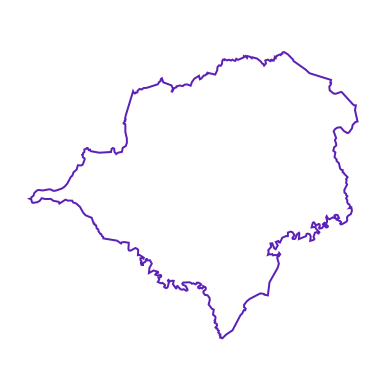 Mueang Khon Kaen, Khon Kaen, Thailand (Albers equal-area conic projection), rotated 93°
{"feature_id": "78962969B54788642666507", "entity_name": "Mueang Khon Kaen", "entity_type": "district", "adm_level": 2, "iso_a3": "THA", "parent_name": "Thailand", "parent_adm1": "Khon Kaen", "projection": "albers", "projection_center": [102.826, 16.427], "detail": "fine", "context": "isolated", "style": "outline", "palette": "violet", "viewbox_px": 384, "rotation_deg": 93, "n_neighbors": 0, "source": "geoboundaries", "source_scale": "gbopen_adm2", "svg_char_len": 5908}
<svg xmlns="http://www.w3.org/2000/svg" viewBox="0 0 384 384"><g transform="rotate(93 192 192)"><path d="M80.0,228.0L80.8,229.0L83.1,229.3L83.7,230.5L86.2,231.7L90.4,242.8L90.7,245.7L92.3,247.7L91.8,249.7L93.7,251.6L95.0,251.6L95.8,252.6L95.6,253.4L96.6,254.2L96.0,255.3L94.5,256.1L118.7,262.1L122.3,262.7L122.8,262.1L124.2,262.9L124.6,262.4L126.6,263.9L127.3,263.8L127.6,262.3L128.4,262.1L135.6,261.7L141.8,259.9L146.3,259.6L149.5,260.5L151.4,263.4L155.6,264.1L156.7,268.2L158.1,269.7L156.0,271.5L152.8,272.0L152.2,273.3L153.1,274.5L156.3,275.0L157.6,286.7L156.5,295.4L155.0,296.1L155.5,297.4L153.6,298.5L153.6,299.4L154.3,299.7L155.1,301.7L157.8,301.6L158.9,302.8L160.3,302.8L160.6,303.6L163.3,302.5L163.7,301.3L164.9,300.8L170.4,302.6L171.3,304.1L171.3,307.4L175.7,308.4L178.4,311.3L182.0,312.4L183.1,313.7L190.2,317.0L193.4,319.6L195.3,322.1L197.8,328.2L198.1,330.6L196.9,333.1L196.8,335.0L198.3,341.1L198.0,345.2L198.6,346.9L201.2,349.4L204.0,350.1L205.6,352.0L206.9,352.3L207.3,353.6L207.9,352.1L210.7,351.2L211.2,350.1L210.2,345.8L208.8,343.6L206.1,341.8L206.7,338.0L206.3,332.5L208.0,330.2L208.8,324.6L210.5,323.8L206.3,318.0L207.1,315.5L206.9,311.2L208.7,310.1L209.4,307.3L212.7,303.1L218.2,299.7L220.8,297.1L223.0,290.8L228.7,288.5L228.5,287.9L229.9,287.3L230.3,286.1L233.4,285.2L234.3,283.6L235.9,283.4L238.4,281.6L238.7,280.5L240.6,279.7L241.4,278.4L243.0,278.1L244.5,264.3L247.1,260.2L246.0,259.6L245.5,257.1L246.0,252.5L252.4,252.5L253.6,251.9L253.8,250.3L250.9,245.6L251.8,243.5L252.8,242.7L257.9,242.7L257.6,241.2L260.1,236.7L261.1,236.9L260.5,238.2L261.0,240.1L263.0,239.7L263.8,238.8L265.5,239.4L267.5,238.6L267.5,237.1L265.6,237.3L264.2,235.0L261.3,234.1L261.3,233.6L262.7,233.4L262.4,230.4L265.7,228.4L269.9,230.5L275.2,230.8L272.4,226.2L273.5,221.8L274.4,221.6L274.9,223.4L276.4,224.3L277.0,222.3L276.6,218.8L277.5,218.3L278.8,218.9L279.1,221.1L281.2,220.2L283.7,221.4L284.8,218.2L284.3,216.8L286.1,214.2L286.9,214.0L288.1,214.9L289.0,213.9L289.3,212.4L288.2,211.3L283.9,210.4L281.6,211.4L281.0,210.8L282.4,209.4L281.6,207.3L281.7,205.6L285.1,206.2L289.0,203.1L289.0,202.5L287.2,202.4L286.6,201.5L289.6,198.6L290.1,196.9L289.5,195.1L290.9,192.6L290.5,191.5L289.5,191.4L286.2,193.4L285.0,196.5L283.9,196.9L282.9,196.1L282.3,190.2L282.8,188.1L283.6,187.3L283.1,185.9L284.0,183.7L283.4,182.6L282.4,182.5L282.2,180.9L283.3,178.4L284.5,178.3L286.1,180.8L287.3,180.8L287.9,179.5L287.2,178.2L287.8,176.7L286.7,175.8L285.4,175.9L286.5,173.5L287.3,173.1L288.8,173.4L290.6,175.4L292.4,175.2L294.1,173.6L294.3,171.1L296.7,169.0L299.0,168.6L303.4,169.5L307.4,166.2L308.3,164.1L313.4,164.6L315.1,162.2L317.0,161.9L319.1,162.7L319.8,162.0L320.8,162.7L321.6,162.3L322.3,160.5L323.8,159.9L326.0,161.3L326.2,160.4L327.0,160.5L327.3,159.4L328.6,159.1L329.2,157.9L331.0,158.4L331.7,157.2L333.1,157.0L333.0,156.2L335.3,156.3L335.0,155.8L336.3,155.2L336.5,154.0L332.6,150.5L328.0,144.3L312.8,137.3L310.5,135.4L307.3,134.1L307.3,132.7L305.6,132.3L304.4,133.9L302.0,134.1L298.2,131.5L295.6,128.6L289.7,118.5L289.9,115.8L290.2,114.5L290.8,114.3L291.3,110.8L278.1,109.9L263.3,102.5L259.1,101.5L253.5,103.4L252.4,103.2L251.6,101.9L249.6,100.7L248.3,101.8L249.7,102.2L250.0,103.2L251.0,103.7L250.5,105.6L251.0,107.8L249.8,108.6L250.3,110.1L250.0,111.3L250.8,112.9L248.0,112.3L246.2,112.8L242.7,110.1L239.3,110.9L239.0,109.2L244.1,106.8L244.7,105.5L240.9,103.6L237.5,105.7L236.4,103.2L237.7,102.5L237.9,101.5L233.0,99.5L231.1,95.9L231.1,94.0L227.5,94.1L226.4,91.5L226.9,89.6L229.7,87.4L232.5,89.3L233.5,89.0L233.6,87.3L233.1,86.4L228.5,84.7L227.1,83.0L227.8,82.6L233.4,82.8L230.1,75.8L227.9,75.4L227.5,74.3L228.0,72.3L230.2,71.1L234.6,71.4L233.5,68.1L232.5,67.3L230.4,68.3L226.2,67.1L225.6,65.7L226.8,63.5L225.5,62.7L222.0,66.4L220.3,67.0L221.1,70.7L216.6,69.8L215.9,69.1L216.2,68.2L218.3,67.0L218.8,66.1L217.3,63.9L217.5,63.1L219.2,62.5L221.2,63.3L221.9,62.7L221.1,60.1L218.9,58.8L219.1,57.6L220.4,56.2L220.2,55.1L219.3,54.4L218.4,55.0L217.6,56.8L218.0,59.0L217.4,59.6L215.8,58.2L216.1,56.3L215.4,55.7L213.3,55.6L210.2,56.7L209.1,56.2L211.5,54.7L212.0,53.2L210.0,50.2L210.6,48.0L209.5,47.5L208.4,48.5L207.8,48.4L207.2,47.1L207.4,45.4L210.3,43.8L211.2,46.0L211.9,46.3L213.6,42.0L214.3,41.6L215.8,42.4L216.5,41.8L216.3,40.5L213.5,36.1L211.9,35.5L209.2,35.9L207.7,35.0L205.7,32.2L202.5,31.3L199.7,31.9L199.8,33.1L199.1,32.8L199.4,33.7L198.8,33.2L196.2,34.2L195.7,35.4L194.0,36.5L192.1,36.5L190.1,37.8L188.0,36.6L186.8,38.0L185.7,38.1L184.6,39.7L182.0,40.0L176.3,37.5L174.8,38.6L172.0,38.2L171.0,38.8L169.0,37.4L165.9,40.9L164.8,41.5L164.4,42.6L162.2,42.7L162.0,44.1L160.9,45.3L155.5,46.8L153.4,49.3L152.2,49.2L149.6,51.5L144.9,50.9L143.4,53.1L139.9,52.4L138.2,50.5L136.5,50.5L132.7,52.0L130.6,50.9L124.0,53.7L122.0,52.7L120.3,50.6L119.5,47.0L123.2,43.4L125.0,40.0L124.4,38.4L120.1,35.6L116.5,35.0L113.6,32.4L112.9,30.4L101.8,33.5L96.9,32.9L96.9,34.6L96.0,36.0L84.5,47.6L84.3,48.5L86.4,53.6L86.2,55.8L83.3,59.8L79.5,60.4L77.4,59.0L75.7,58.8L75.5,59.6L72.8,59.0L67.2,81.0L64.1,84.5L55.8,97.6L54.5,98.0L49.5,103.5L47.5,107.2L47.9,108.9L49.2,109.0L49.7,110.3L50.6,110.6L50.1,111.4L51.4,114.2L52.4,114.8L52.4,116.0L53.1,115.5L53.6,116.3L54.3,115.7L54.6,116.7L56.5,117.3L55.8,119.1L56.6,119.3L56.2,120.1L57.2,120.7L55.8,123.2L56.8,125.7L59.8,124.9L62.0,126.6L60.4,127.5L60.1,128.6L58.0,130.2L55.3,134.1L54.3,138.8L55.3,139.2L54.0,141.0L53.4,143.7L55.1,144.1L53.4,145.4L54.1,146.0L53.5,147.3L54.9,147.5L57.6,152.8L56.7,154.8L58.7,155.5L58.7,156.6L57.7,158.6L58.7,160.0L58.0,161.8L58.7,164.0L57.8,166.4L58.5,166.7L58.1,167.8L59.3,168.6L62.6,168.8L64.5,170.0L64.1,171.7L66.0,173.1L69.2,173.2L73.5,175.0L72.3,181.8L73.0,182.4L72.3,182.9L74.8,184.7L75.1,186.4L78.2,188.6L79.0,190.0L75.6,191.1L78.7,195.6L82.2,197.8L85.9,198.9L84.8,202.5L85.2,205.1L86.7,206.7L86.3,209.8L87.3,213.0L88.3,213.1L89.2,215.3L92.8,217.0L92.6,217.5L89.7,216.4L86.6,218.1L84.0,226.4L80.0,228.0Z" fill="none" stroke="#5b21b6" stroke-width="2"/></g></svg>